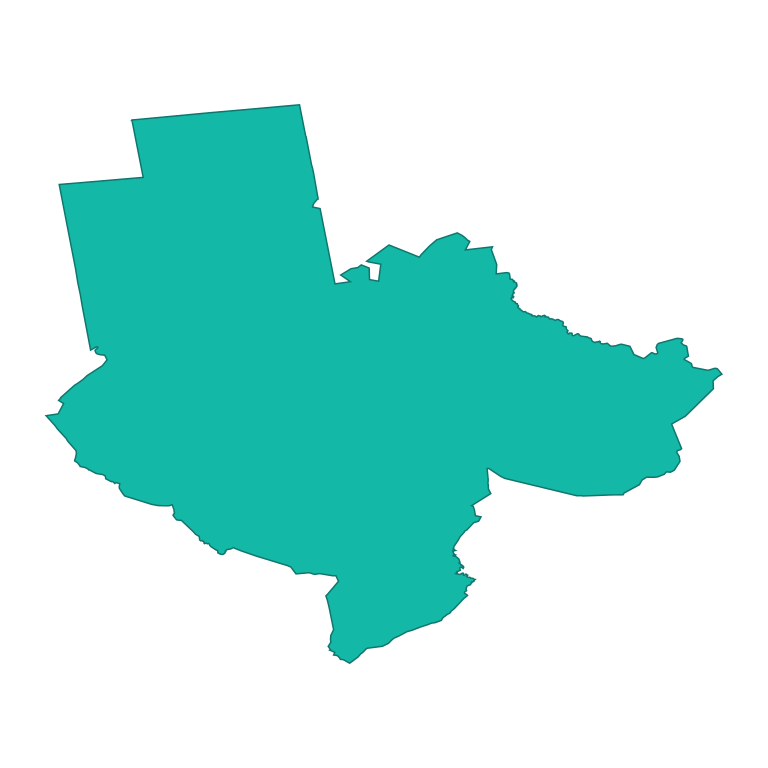 Cīravas pag., Aizputes, Latvia
{"feature_id": "27541924B26193226083198", "entity_name": "Cīravas pag.", "entity_type": "district", "adm_level": 2, "iso_a3": "LVA", "parent_name": "Latvia", "parent_adm1": "Aizputes", "projection": "equal_earth", "projection_center": [21.425, 56.745], "detail": "fine", "context": "isolated", "style": "filled", "palette": "teal", "viewbox_px": 768, "rotation_deg": 0, "n_neighbors": 0, "source": "geoboundaries", "source_scale": "gbopen_adm2", "svg_char_len": 6088}
<svg xmlns="http://www.w3.org/2000/svg" viewBox="0 0 768 768"><path d="M58.1,413.9L46.1,415.7L55.0,425.6L57.7,429.3L66.2,438.5L67.6,441.0L76.0,450.6L76.4,453.6L75.4,458.3L74.6,460.2L74.7,461.0L77.5,462.7L80.0,465.9L80.1,466.5L84.3,467.3L87.1,468.4L87.5,468.9L88.5,469.3L88.8,470.0L89.5,470.0L96.2,473.5L102.9,474.6L105.2,475.9L105.8,478.8L111.4,481.7L112.9,481.6L114.8,483.5L116.2,482.6L119.8,483.7L119.2,486.7L119.4,488.4L121.9,492.3L124.5,495.8L125.3,496.2L151.7,504.4L158.4,505.6L166.6,505.8L169.5,505.7L172.1,504.7L174.1,509.9L174.0,511.1L174.5,513.3L173.4,514.3L173.1,515.4L176.5,519.8L180.0,520.4L181.2,520.2L193.3,531.7L195.6,534.3L199.2,536.4L199.7,540.0L200.6,540.8L202.1,540.7L202.7,541.2L203.6,541.4L204.0,542.2L203.9,543.0L204.4,543.2L204.5,543.6L206.1,543.1L207.2,543.8L208.6,543.5L209.1,543.8L209.7,545.3L211.0,546.7L216.1,550.0L217.6,550.6L217.9,552.9L220.9,554.4L223.1,554.4L224.8,553.2L225.4,551.9L225.3,551.3L225.8,551.4L226.2,550.1L226.7,549.7L230.9,548.9L233.6,547.5L234.2,548.1L241.0,550.8L256.3,556.1L287.5,565.6L290.8,567.0L296.0,573.9L309.2,572.7L314.6,574.4L319.6,573.6L333.0,575.8L335.9,575.7L338.5,581.3L327.6,594.2L325.9,595.9L327.4,600.3L329.1,607.4L333.6,629.7L330.8,635.4L330.5,639.3L330.8,642.3L328.2,646.4L330.5,649.6L329.7,650.1L334.8,652.3L333.6,655.0L337.4,655.6L339.6,657.9L340.4,659.4L343.2,659.6L349.7,663.2L357.9,657.1L360.8,653.8L362.7,652.5L366.1,648.9L367.5,648.2L382.4,646.3L388.5,643.3L392.2,639.6L394.1,638.1L398.7,636.1L407.1,631.6L412.0,630.3L419.9,627.2L428.5,624.4L431.2,623.2L435.0,622.7L441.4,620.4L442.8,617.8L447.6,614.2L449.4,613.4L450.5,612.4L451.1,611.3L454.5,608.4L463.6,598.7L467.5,595.5L466.7,594.4L465.1,593.8L464.4,593.0L464.9,591.7L466.5,590.8L466.6,590.5L466.0,589.2L466.9,586.3L467.9,585.6L470.5,584.7L471.1,583.4L471.9,582.7L471.4,582.1L473.3,581.6L474.1,581.0L473.8,580.6L475.1,579.5L474.2,579.4L473.4,578.5L470.9,578.1L469.8,577.3L468.6,577.5L467.0,576.8L466.6,576.4L467.7,575.4L467.7,575.1L466.7,574.8L466.2,574.1L465.5,574.2L464.5,575.3L463.6,575.3L463.2,574.5L463.5,573.5L463.1,573.1L462.4,573.1L459.8,574.5L456.3,573.7L457.9,573.0L455.7,572.8L456.4,572.6L456.6,571.9L460.4,570.3L459.8,568.4L460.1,567.4L461.8,567.5L463.1,568.5L463.7,567.4L463.6,566.7L463.0,566.4L462.9,565.9L462.0,565.8L461.7,564.9L461.1,565.2L460.4,563.9L459.0,563.0L460.0,562.3L458.9,559.1L457.2,557.5L456.3,557.0L455.7,556.1L455.0,556.4L454.1,555.8L453.2,556.0L453.1,555.7L453.4,555.5L454.7,555.0L454.0,554.9L454.8,554.6L453.8,554.1L454.0,553.7L453.1,552.5L453.3,551.8L452.8,551.1L455.3,550.5L454.1,550.0L454.6,549.8L454.5,549.4L453.3,549.1L454.1,546.2L458.2,540.2L460.1,536.7L464.1,532.4L464.7,531.1L466.8,530.0L473.7,522.7L478.6,521.2L481.0,516.9L475.4,515.7L474.4,509.8L473.3,506.5L471.5,505.7L490.8,493.6L488.4,488.9L488.3,484.5L487.9,483.8L488.2,480.0L487.1,468.5L488.1,468.3L489.4,468.9L500.7,476.4L504.8,478.4L576.6,495.7L582.0,495.7L582.8,496.0L611.8,494.9L623.1,494.8L624.1,493.0L639.4,484.7L642.1,480.0L646.6,477.2L653.7,477.3L657.7,476.9L664.4,474.2L665.7,472.6L666.6,471.9L670.5,472.2L674.3,470.2L680.0,461.4L679.2,456.4L676.9,452.6L677.0,451.4L677.5,450.6L680.7,449.6L681.6,448.6L671.8,424.6L671.8,423.9L685.4,416.2L713.4,388.7L713.1,381.5L713.3,380.6L718.0,376.5L721.9,374.2L717.4,368.8L716.1,368.4L714.8,368.3L708.5,370.2L707.3,370.2L693.1,367.4L692.1,366.6L691.7,364.3L691.1,363.4L684.2,359.4L684.6,358.4L688.4,356.2L686.8,346.7L686.4,346.0L683.5,345.0L681.2,342.9L682.9,339.9L682.8,339.3L681.8,338.8L677.2,338.3L658.5,343.4L657.3,344.5L656.1,347.4L657.7,352.7L657.5,353.4L656.5,353.9L654.6,353.9L652.8,352.9L651.5,352.7L644.7,358.0L643.2,358.5L634.1,354.6L633.3,353.8L633.4,353.3L629.9,346.3L621.5,344.2L620.0,344.4L615.3,345.9L611.2,346.2L610.1,345.7L607.3,343.3L603.0,344.0L601.0,343.6L600.0,342.5L600.3,341.7L599.5,341.2L598.1,341.8L595.9,342.0L595.1,342.6L592.7,341.6L591.8,340.5L591.2,338.7L590.7,338.3L588.6,337.9L587.9,337.2L587.2,336.9L580.7,336.1L579.2,334.9L578.9,334.6L579.0,334.3L578.5,333.9L577.3,333.8L573.6,335.7L572.8,335.7L572.2,335.3L572.1,333.4L571.7,333.1L569.4,333.1L568.9,333.9L568.2,333.8L567.0,332.1L568.0,330.8L566.4,329.1L566.1,326.8L563.6,326.2L562.9,325.6L563.0,324.2L563.4,323.2L563.2,322.2L562.4,321.5L560.0,320.7L558.6,319.6L557.1,319.5L555.1,320.4L553.0,319.2L551.6,318.8L549.5,318.9L549.1,318.5L548.6,317.2L544.9,316.7L545.1,316.4L545.6,316.4L545.6,316.1L544.4,315.3L542.3,316.0L542.1,316.4L540.6,316.7L540.1,315.9L539.1,315.9L538.3,315.5L536.5,317.0L534.9,315.9L532.0,315.8L531.6,315.4L531.9,314.7L531.7,314.5L530.4,314.3L528.7,313.4L527.0,313.0L525.3,311.6L523.9,311.8L522.5,311.4L521.8,310.5L520.2,309.7L520.0,308.8L517.7,307.5L517.7,307.0L518.5,306.0L518.4,305.6L517.5,304.8L517.3,303.7L515.5,303.3L515.3,302.1L513.1,301.1L511.3,299.3L511.4,298.7L511.1,298.2L511.3,297.8L513.1,297.8L513.0,297.4L513.7,296.8L513.4,296.5L512.4,296.5L512.7,296.1L512.2,295.4L513.0,294.9L512.7,293.8L512.9,293.5L514.2,292.9L514.1,292.4L513.3,291.6L514.0,289.5L514.9,289.0L515.0,288.3L515.8,287.9L516.1,287.1L516.8,286.6L516.6,285.7L517.1,285.0L516.4,284.3L516.6,283.6L516.5,282.9L514.0,281.9L513.6,281.6L514.2,281.0L513.2,280.4L512.3,279.3L510.5,279.2L510.0,278.8L509.8,278.5L510.1,277.8L509.5,274.0L508.9,273.0L506.5,272.6L496.2,273.9L496.7,264.5L491.3,249.5L492.5,246.8L465.4,249.9L469.8,241.4L467.6,240.2L464.6,237.3L462.0,235.4L457.3,232.9L436.7,239.8L429.6,245.9L421.0,254.8L419.4,257.2L389.0,245.0L366.7,261.2L368.6,261.9L380.8,264.2L378.6,281.2L369.5,279.6L369.2,268.1L361.3,264.9L357.7,267.6L351.0,268.7L340.7,275.0L350.4,281.7L335.0,283.9L320.1,208.6L312.6,207.0L313.2,204.7L314.0,203.1L317.9,198.6L318.1,198.7L313.7,173.8L312.5,168.0L311.5,164.6L306.1,136.7L305.7,136.1L299.5,104.8L210.2,112.7L131.8,120.0L131.6,120.4L132.0,120.4L143.2,177.4L59.2,184.5L75.6,269.1L77.8,282.7L80.3,294.5L82.2,305.8L90.6,350.1L95.9,347.1L96.6,346.8L97.8,347.1L97.7,347.9L95.3,349.9L95.0,350.6L96.0,353.0L97.0,353.8L100.1,354.7L104.7,355.2L107.1,359.8L102.4,365.7L87.1,375.6L83.1,379.4L78.0,383.1L74.5,385.3L60.7,397.6L60.7,398.1L58.6,400.4L63.6,403.6L58.1,413.9Z" fill="#14b8a6" stroke="#0f766e" stroke-width="1.5"/></svg>